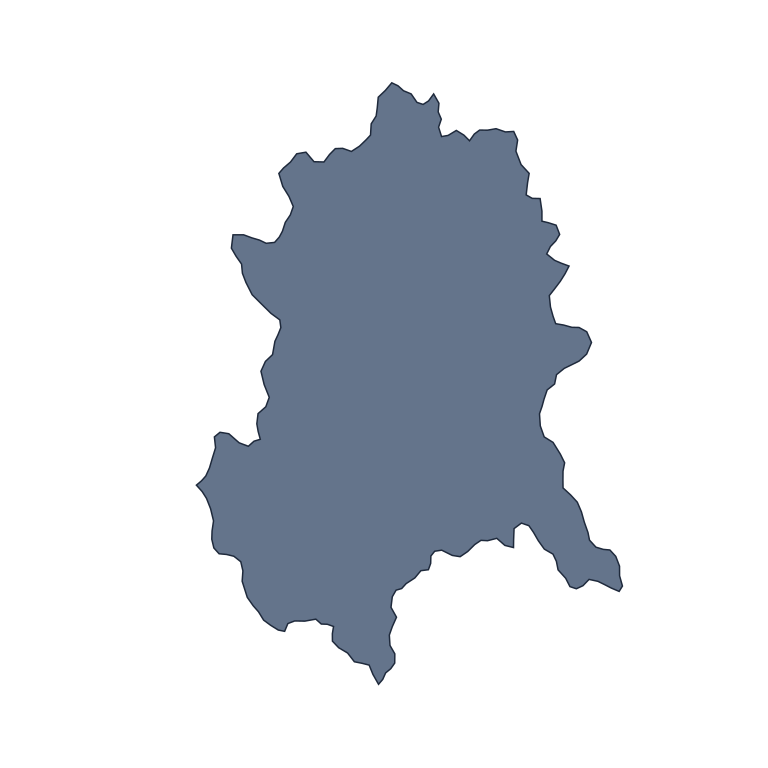 Bonfim, Minas Gerais, Brazil (Equal Earth projection), rotated 339°
{"feature_id": "56859067B54718274054000", "entity_name": "Bonfim", "entity_type": "district", "adm_level": 2, "iso_a3": "BRA", "parent_name": "Brazil", "parent_adm1": "Minas Gerais", "projection": "equal_earth", "projection_center": [-44.212, -20.32], "detail": "fine", "context": "isolated", "style": "filled", "palette": "slate", "viewbox_px": 768, "rotation_deg": 339, "n_neighbors": 0, "source": "geoboundaries", "source_scale": "gbopen_adm2", "svg_char_len": 3015}
<svg xmlns="http://www.w3.org/2000/svg" viewBox="0 0 768 768"><g transform="rotate(339 384 384)"><path d="M585.4,351.3L592.6,345.9L599.0,340.2L592.4,334.4L587.6,329.7L582.5,320.9L588.6,315.3L595.6,312.0L601.6,307.3L601.6,297.4L595.2,292.3L589.8,288.6L593.4,279.2L596.2,266.8L588.9,263.8L584.5,258.4L590.2,247.5L595.0,239.4L590.6,228.3L590.6,213.9L596.2,204.1L595.6,194.7L587.7,192.2L580.1,185.8L571.5,184.1L564.3,181.2L557.9,183.0L551.0,187.6L547.8,180.3L542.4,173.2L532.9,174.9L526.4,173.6L527.0,163.8L532.4,157.3L532.1,149.4L535.9,141.6L534.3,131.0L527.0,135.7L520.7,137.0L515.7,132.9L513.3,122.9L507.3,117.2L504.0,110.7L499.2,105.6L490.5,110.4L481.4,114.2L476.6,123.9L472.7,131.0L465.3,136.5L460.6,146.8L454.6,149.7L446.3,153.2L436.9,155.2L429.9,149.2L422.9,146.8L415.4,150.2L407.5,155.2L398.3,151.4L394.2,139.6L385.0,137.8L376.2,143.3L367.7,146.3L361.3,149.7L360.3,163.3L362.5,174.9L362.9,185.8L357.1,192.6L349.8,197.7L343.9,205.0L338.9,209.3L332.6,212.6L324.4,210.4L319.3,205.0L313.0,200.2L306.4,194.4L296.5,190.6L290.2,202.5L291.7,211.8L294.0,221.0L291.5,229.9L291.5,239.7L292.9,253.4L298.0,264.8L303.8,277.6L309.7,286.8L307.9,294.4L302.8,299.9L297.5,305.0L290.5,316.6L281.4,320.4L273.7,328.0L271.9,341.6L272.1,355.3L265.5,362.9L255.8,366.5L251.0,375.6L249.5,383.2L248.7,391.3L242.2,390.8L235.0,393.5L227.7,387.0L221.3,374.8L213.6,370.3L206.7,372.6L203.9,383.2L197.5,391.3L191.0,399.8L184.7,406.0L178.9,409.0L172.6,411.2L175.7,419.3L177.3,427.2L177.4,438.3L175.8,450.7L170.8,459.6L167.6,467.2L166.4,476.1L169.2,483.4L175.9,486.7L182.1,491.0L186.6,498.6L185.3,507.9L180.9,517.3L179.9,534.2L182.4,544.1L185.2,551.7L187.0,561.3L191.6,568.5L197.1,575.8L202.6,579.3L208.4,573.2L215.7,573.2L225.1,577.0L236.1,579.1L239.4,585.6L245.0,588.0L250.0,592.3L246.3,598.6L243.7,605.6L247.2,614.0L253.6,622.1L256.8,632.7L263.3,636.8L269.4,641.1L269.6,651.2L271.3,662.4L277.0,659.3L282.0,654.3L288.3,652.2L294.0,648.4L297.4,639.8L295.9,630.2L299.0,620.3L304.8,613.5L312.1,606.2L310.5,595.0L315.5,585.6L321.4,580.8L327.2,581.3L333.1,578.3L343.3,576.1L351.5,571.5L358.9,573.3L363.3,568.2L366.1,561.4L371.4,558.3L378.3,559.8L386.3,568.5L393.2,572.5L402.1,570.4L411.2,566.4L418.5,564.7L424.5,567.4L434.0,568.5L439.0,578.0L446.3,583.1L449.1,576.1L453.6,565.6L462.4,563.1L468.5,568.2L470.4,576.1L471.9,585.6L474.5,595.6L480.8,603.4L481.4,611.3L479.9,619.9L484.0,630.5L485.0,639.8L490.2,644.1L497.5,643.6L505.4,639.9L513.0,644.9L518.1,650.4L523.1,656.0L529.2,661.9L534.2,658.1L535.2,647.5L538.6,638.5L538.6,628.0L535.4,619.9L529.5,617.0L523.4,612.3L519.9,603.4L521.2,595.8L521.5,584.7L522.5,574.2L522.1,563.6L518.5,554.5L513.9,545.2L516.5,538.1L519.9,529.5L524.4,522.3L523.5,512.7L520.9,499.1L514.6,490.8L514.9,479.1L518.5,467.5L523.5,461.6L527.9,455.6L534.2,448.0L543.3,445.1L548.4,437.1L557.9,434.0L565.9,433.3L574.4,432.5L583.9,428.7L592.6,419.6L592.0,407.9L586.3,401.1L579.7,398.4L572.8,393.3L565.9,389.2L566.1,381.4L567.0,371.8L570.0,360.7L577.2,356.4L585.4,351.3Z" fill="#64748b" stroke="#1e293b" stroke-width="1.5"/></g></svg>